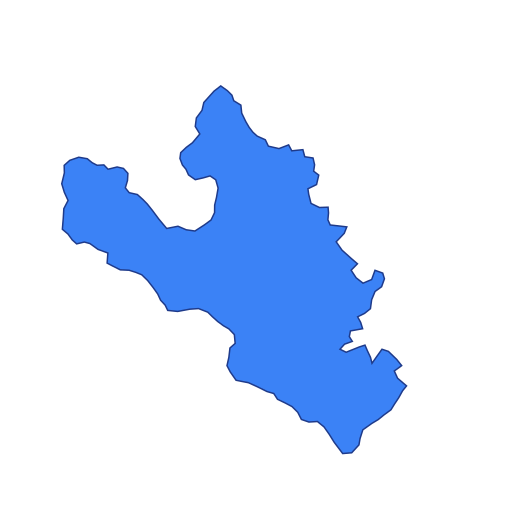 outline of Morungaba, São Paulo, Brazil, rotated 42°
{"feature_id": "56859067B67621122776092", "entity_name": "Morungaba", "entity_type": "district", "adm_level": 2, "iso_a3": "BRA", "parent_name": "Brazil", "parent_adm1": "São Paulo", "projection": "orthographic", "projection_center": [-46.788, -22.888], "detail": "fine", "context": "isolated", "style": "filled", "palette": "blue", "viewbox_px": 512, "rotation_deg": 42, "n_neighbors": 0, "source": "geoboundaries", "source_scale": "gbopen_adm2", "svg_char_len": 2397}
<svg xmlns="http://www.w3.org/2000/svg" viewBox="0 0 512 512"><g transform="rotate(42 256 256)"><path d="M158.6,163.0L149.8,159.4L143.8,154.0L135.6,155.5L130.5,152.6L124.2,152.3L116.0,153.2L114.5,161.5L114.5,169.3L114.5,176.8L118.4,183.9L119.3,193.3L124.2,200.4L132.6,202.9L133.0,214.4L131.5,221.9L130.9,229.6L134.2,234.4L140.4,237.6L145.9,238.4L151.6,240.9L159.8,239.9L164.4,233.4L168.3,227.2L175.1,226.3L182.4,230.9L187.5,239.0L191.2,245.8L196.2,251.5L198.5,259.3L196.8,267.5L193.9,278.3L186.6,283.2L178.1,286.1L171.2,295.3L159.2,293.6L148.7,291.5L140.4,290.1L134.1,289.7L126.7,289.7L119.4,293.8L113.3,292.8L110.0,285.9L105.5,280.3L98.9,279.6L93.2,282.8L88.0,290.5L82.0,290.1L77.2,294.9L71.8,296.3L65.5,296.6L58.2,301.2L53.6,309.5L52.8,317.0L58.0,322.5L63.3,332.3L70.9,336.9L79.2,340.5L81.5,349.4L87.5,356.9L94.2,365.7L101.6,365.5L108.6,367.0L114.6,367.0L119.1,360.5L124.2,357.9L134.2,356.8L143.9,352.9L150.1,360.9L156.0,359.4L164.4,357.1L171.2,351.5L177.6,348.6L183.6,346.4L191.8,346.7L200.8,348.3L208.4,350.0L214.7,352.7L221.4,353.3L226.8,355.5L234.9,349.6L238.4,345.0L242.4,339.8L248.5,333.5L257.8,330.0L264.2,330.3L271.4,330.3L278.6,329.6L284.6,328.3L292.5,328.9L299.0,334.9L298.2,341.8L303.6,349.4L307.8,356.9L314.5,359.4L324.4,361.7L335.2,355.2L344.4,352.3L354.8,349.4L361.2,346.3L367.9,348.1L376.0,345.7L383.5,343.8L391.6,344.2L399.1,347.1L406.4,344.0L412.4,337.9L420.9,337.5L429.7,339.5L438.7,342.1L452.6,344.8L458.8,338.2L458.9,327.5L455.5,322.1L451.7,313.7L454.1,302.9L456.3,295.7L457.4,288.6L459.2,280.0L458.0,273.4L456.9,265.9L455.1,258.0L454.8,251.8L443.0,252.1L435.7,248.9L437.6,240.0L429.7,238.7L418.2,238.3L412.0,241.0L413.0,249.9L414.0,258.1L408.9,254.7L402.0,251.8L396.6,249.3L393.5,254.7L387.4,267.2L380.8,269.1L380.8,262.3L384.7,255.0L379.3,253.5L376.3,248.5L383.9,238.7L378.2,235.3L372.2,233.2L375.1,225.9L376.3,218.6L371.2,211.1L368.2,202.7L369.9,194.8L366.7,187.0L361.6,183.9L354.0,187.0L357.7,196.1L353.7,204.6L345.0,205.2L336.2,202.9L336.6,193.9L328.1,194.1L316.0,194.1L306.1,191.8L306.4,180.1L304.0,173.6L297.5,178.2L290.4,183.3L285.2,181.0L281.1,175.5L276.9,171.5L270.7,177.5L261.7,180.1L253.9,174.9L249.6,171.3L253.2,162.4L248.5,153.9L242.1,154.4L238.5,149.0L232.8,145.0L225.8,149.6L219.7,145.6L212.2,153.9L205.9,151.6L201.2,160.8L191.7,166.1L185.2,163.4L176.7,166.1L170.9,166.1L164.9,165.0L158.6,163.0Z" fill="#3b82f6" stroke="#1e3a8a" stroke-width="1.5"/></g></svg>